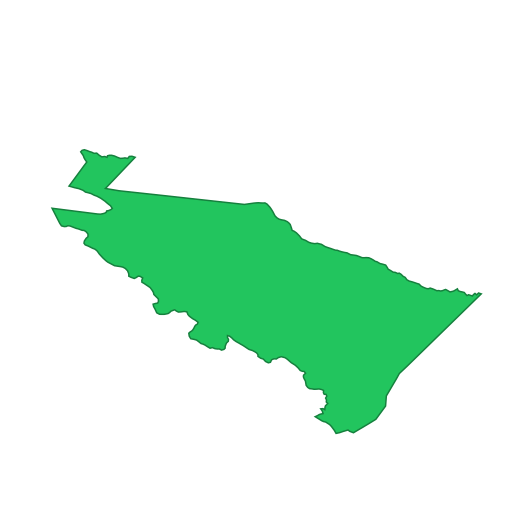 Barra do Mendes, Bahia, Brazil, rotated 127°
{"feature_id": "56859067B29709339378771", "entity_name": "Barra do Mendes", "entity_type": "district", "adm_level": 2, "iso_a3": "BRA", "parent_name": "Brazil", "parent_adm1": "Bahia", "projection": "equal_earth", "projection_center": [-42.089, -12.012], "detail": "fine", "context": "isolated", "style": "filled", "palette": "green", "viewbox_px": 512, "rotation_deg": 127, "n_neighbors": 0, "source": "geoboundaries", "source_scale": "gbopen_adm2", "svg_char_len": 4566}
<svg xmlns="http://www.w3.org/2000/svg" viewBox="0 0 512 512"><g transform="rotate(127 256 256)"><path d="M348.7,112.0L348.0,104.3L347.5,102.2L346.7,100.6L346.5,98.2L346.3,95.7L346.7,93.3L348.1,88.5L349.5,85.3L346.6,82.8L343.9,81.0L339.6,77.8L339.6,75.6L338.5,71.8L322.2,65.1L314.3,62.0L297.9,62.2L289.3,67.7L270.0,69.9L263.6,70.8L253.0,69.0L150.7,53.3L151.6,56.0L154.2,56.4L154.1,58.6L155.9,59.1L157.7,59.1L159.0,62.9L160.6,63.7L160.3,65.8L159.8,67.7L160.6,69.7L161.5,71.6L162.0,73.6L161.0,75.4L163.3,76.3L165.3,77.2L167.9,79.4L168.3,82.5L168.6,84.4L169.9,85.3L171.3,86.1L172.8,87.4L173.6,89.2L174.9,90.7L175.4,93.0L175.9,95.0L176.8,97.6L178.5,98.7L179.4,100.3L180.2,103.2L180.7,105.9L180.3,108.9L181.1,111.0L181.9,113.5L182.7,115.8L183.8,118.5L184.2,121.2L183.3,123.9L183.7,126.5L183.3,128.9L183.5,131.3L184.7,132.3L185.3,135.0L186.4,136.8L186.6,139.7L187.0,142.5L186.2,144.2L185.2,147.0L186.4,150.2L187.4,152.4L187.8,155.9L188.5,157.6L188.6,159.9L188.9,162.2L189.5,164.8L191.0,167.1L192.4,168.7L193.5,170.3L194.3,173.3L195.2,176.2L196.7,178.9L198.0,181.2L198.7,185.2L199.9,187.5L201.1,190.2L201.9,192.4L202.5,194.5L203.5,196.0L204.1,197.8L205.0,200.7L206.2,204.2L206.9,206.5L207.1,208.7L207.3,210.8L208.2,212.8L208.9,214.6L210.8,216.5L212.4,219.5L213.3,222.2L213.7,225.9L214.3,227.8L214.8,229.9L213.8,233.4L213.2,237.6L213.3,240.5L213.8,242.6L212.4,244.4L211.2,246.2L210.2,247.7L209.8,249.9L209.8,251.9L210.4,254.7L211.8,257.5L212.7,259.8L212.9,262.3L212.5,265.0L211.6,266.9L210.4,269.4L209.4,272.0L208.7,274.1L207.9,278.4L208.2,280.7L209.7,282.6L210.9,284.3L211.8,285.8L213.2,287.5L214.9,289.4L221.8,296.3L246.8,338.3L262.6,364.9L286.3,404.6L292.7,416.9L249.9,411.9L251.0,415.1L252.7,417.1L255.3,417.2L256.5,419.7L257.9,421.0L259.7,423.1L260.6,426.1L261.3,429.2L262.4,431.8L263.8,433.7L265.3,434.9L266.9,434.4L267.5,436.6L269.6,438.8L269.9,441.9L269.7,445.1L271.5,447.2L272.0,449.7L272.7,451.5L273.3,453.8L274.4,457.0L276.3,458.5L278.3,458.7L279.1,456.3L279.8,454.3L281.0,452.5L281.9,450.5L282.8,447.7L287.7,447.7L293.7,447.6L312.7,447.4L311.6,444.6L310.7,442.2L308.8,438.0L307.6,433.6L307.6,430.7L306.6,428.4L305.4,425.3L304.8,421.7L304.0,419.2L303.3,414.9L303.1,409.7L303.3,407.4L303.4,404.8L303.4,402.5L304.5,399.4L306.3,399.8L308.5,401.1L309.9,402.4L311.3,401.9L313.0,402.7L314.4,403.8L316.2,405.4L317.8,407.8L330.3,429.6L340.6,447.6L348.0,432.4L349.0,429.5L347.9,426.8L346.6,425.3L345.1,424.5L343.9,422.5L343.2,419.9L342.1,416.1L341.3,414.3L340.1,410.3L339.0,408.6L338.9,405.9L339.6,403.4L341.7,401.8L344.1,402.3L347.3,402.1L349.3,401.1L349.9,399.1L349.0,395.8L348.2,391.3L347.5,388.9L347.5,386.4L348.0,384.5L348.7,382.4L349.7,377.0L350.1,372.8L350.1,370.6L349.6,367.6L348.9,363.2L347.1,359.8L345.9,357.6L345.0,355.6L344.6,352.9L345.1,349.7L346.8,346.9L348.7,345.4L348.2,342.9L347.2,339.7L345.3,338.7L342.9,337.9L342.0,336.3L341.7,333.3L344.1,332.6L345.6,331.3L345.3,329.3L344.9,321.6L346.0,317.9L346.9,315.9L348.2,314.4L348.6,311.5L349.0,308.3L350.9,306.6L352.8,306.2L354.5,307.8L356.4,309.2L358.0,307.3L359.3,304.4L361.1,301.1L360.6,298.0L359.1,295.9L357.8,294.2L356.3,292.8L354.9,291.6L353.3,291.0L351.2,290.7L349.8,289.8L347.9,288.6L347.9,286.6L347.5,284.3L345.9,282.4L343.5,280.0L342.2,277.6L343.7,275.2L344.2,273.0L344.2,270.9L344.2,268.9L343.8,266.0L343.8,262.4L345.7,261.8L347.4,262.6L349.0,262.6L350.9,262.2L352.9,262.0L354.6,262.2L356.3,262.9L358.1,263.2L360.2,261.1L361.3,258.3L359.9,255.4L358.9,252.9L358.9,250.1L359.0,247.2L358.3,245.4L357.8,243.0L357.6,239.9L357.3,237.2L355.4,235.7L354.7,233.0L353.4,230.7L352.3,229.4L351.9,226.9L349.9,225.4L348.2,225.2L346.8,226.2L344.6,226.9L343.0,227.2L340.8,226.8L339.1,227.8L338.4,229.6L336.7,230.9L335.9,228.8L336.0,225.9L336.4,223.5L336.3,220.4L335.8,216.9L335.6,215.0L335.3,212.9L335.1,210.1L335.0,207.9L334.8,205.3L333.6,201.9L333.2,199.5L333.0,197.2L333.6,195.1L335.0,194.0L334.8,190.7L333.9,188.1L334.5,184.9L333.9,181.9L332.2,180.5L329.5,181.1L327.3,179.8L326.0,177.8L323.6,177.0L321.2,175.2L319.7,171.5L319.6,168.7L319.8,166.2L320.0,163.6L319.8,161.5L319.6,158.8L320.0,155.0L320.8,151.8L320.2,149.6L319.2,148.0L319.8,145.9L322.6,146.3L324.0,145.4L325.0,143.8L326.1,141.3L327.5,139.8L329.1,138.1L329.8,135.6L329.7,133.4L328.5,131.4L327.4,129.3L326.0,127.6L324.2,125.6L323.1,123.0L322.7,121.1L324.6,119.9L325.4,118.3L324.3,116.8L325.3,115.1L327.6,114.9L328.5,113.1L330.3,112.0L330.5,110.0L332.2,110.1L333.7,110.4L335.2,109.9L337.3,108.6L337.6,110.7L339.1,112.3L339.9,109.8L341.5,107.6L343.2,109.1L344.6,110.1L346.2,110.7L348.7,112.0Z" fill="#22c55e" stroke="#15803d" stroke-width="1.5"/></g></svg>